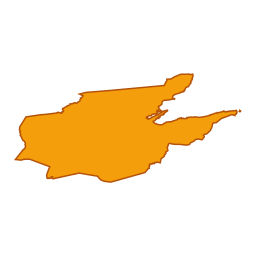 the district of Vopnafjarðarhreppur, Austurland, Iceland
{"feature_id": "244011B85031335132444", "entity_name": "Vopnafjarðarhreppur", "entity_type": "district", "adm_level": 2, "iso_a3": "ISL", "parent_name": "Iceland", "parent_adm1": "Austurland", "projection": "robinson", "projection_center": [-14.859, 65.704], "detail": "fine", "context": "isolated", "style": "filled", "palette": "amber", "viewbox_px": 256, "rotation_deg": 0, "n_neighbors": 0, "source": "geoboundaries", "source_scale": "gbopen_adm2", "svg_char_len": 5733}
<svg xmlns="http://www.w3.org/2000/svg" viewBox="0 0 256 256"><path d="M15.4,159.5L20.7,160.1L22.6,159.8L23.6,159.3L25.2,159.3L26.3,159.1L29.0,159.3L29.7,159.2L49.8,166.7L48.5,169.8L46.6,175.1L47.0,178.1L47.3,178.3L48.2,178.1L48.2,178.3L48.7,178.2L49.0,178.4L49.2,178.2L49.8,178.3L50.4,178.1L51.1,178.2L51.5,177.9L51.6,177.5L51.3,177.0L52.2,176.9L52.4,176.9L52.1,177.3L52.9,178.8L79.0,173.1L97.6,176.2L99.4,178.6L100.9,179.9L102.2,180.5L103.9,181.1L108.5,181.9L111.2,182.0L145.0,172.5L147.9,169.0L148.5,168.5L149.2,168.3L149.2,167.8L149.0,167.3L149.7,166.0L149.5,165.9L149.6,165.6L149.2,165.1L149.6,164.8L149.7,164.3L150.2,163.8L150.7,163.8L151.3,164.2L152.3,163.9L152.3,163.5L152.8,163.2L153.3,163.3L153.7,163.6L154.2,163.7L154.5,163.4L154.2,162.9L154.9,162.4L156.3,162.5L156.9,162.2L157.6,162.2L160.3,162.8L160.9,159.4L161.2,158.7L164.1,156.4L164.5,155.9L164.4,155.0L164.5,154.8L165.9,153.5L165.6,152.2L167.8,150.7L167.9,150.4L167.4,148.5L167.4,146.8L168.1,145.6L168.4,144.2L168.9,143.6L169.9,143.4L172.2,144.0L175.1,144.3L180.1,144.4L186.1,145.1L189.5,144.5L190.0,143.5L190.6,142.8L193.8,141.2L195.8,139.4L197.1,139.1L198.7,139.1L199.9,139.3L201.6,139.8L202.1,139.7L204.2,137.0L204.2,136.4L203.5,135.3L203.5,135.0L204.9,134.2L206.7,133.9L210.6,130.2L210.9,129.0L211.7,127.8L212.8,123.4L214.0,122.9L216.3,122.6L221.4,118.5L231.8,114.6L234.6,115.4L234.5,115.2L235.5,114.5L236.0,113.9L236.3,113.9L236.3,113.5L236.9,112.9L237.0,112.4L236.7,111.8L236.9,111.3L236.5,110.9L236.5,110.4L236.3,110.3L235.9,110.7L233.7,110.7L232.2,111.0L230.4,111.0L230.2,111.1L229.8,111.1L229.7,111.4L229.2,111.2L228.9,111.3L228.3,111.3L228.3,111.5L228.1,111.6L227.4,111.4L226.7,111.8L226.3,111.7L225.8,111.9L225.2,111.8L225.1,111.6L224.7,111.7L224.3,111.6L224.2,111.2L223.5,111.3L223.4,111.2L223.3,111.4L222.6,111.5L221.2,112.1L220.8,112.0L218.2,112.9L217.8,112.6L217.2,112.5L216.6,113.2L215.5,113.1L211.7,114.5L210.7,114.7L210.8,114.8L209.7,115.5L208.4,115.6L206.6,116.3L205.1,116.4L204.4,116.7L201.6,117.1L198.6,117.4L195.7,116.9L194.8,116.9L193.8,117.2L191.6,117.1L189.8,117.2L189.0,117.4L188.4,117.2L187.8,117.7L187.1,117.6L187.3,118.1L186.7,118.6L185.7,118.6L183.9,118.5L183.4,118.2L182.9,118.5L181.9,118.7L181.4,118.5L181.4,117.8L180.9,117.9L180.0,118.1L179.9,118.4L179.3,118.3L179.0,118.7L178.2,118.5L177.0,119.7L174.0,120.7L172.7,121.0L172.0,121.6L170.4,121.8L169.2,121.7L168.8,122.0L167.2,122.0L166.7,122.2L166.3,122.1L164.9,123.2L164.2,123.2L163.4,124.1L162.7,124.3L161.6,124.9L158.3,124.6L155.3,123.5L154.5,123.1L153.4,122.1L153.1,121.4L153.2,121.2L153.7,121.0L154.6,120.8L155.4,120.1L155.6,119.5L156.7,119.0L156.8,118.8L156.6,118.7L157.3,118.4L157.4,118.0L158.0,118.1L157.9,118.0L158.1,117.7L158.2,117.8L158.2,117.7L158.4,117.5L158.3,117.4L158.7,117.2L158.4,117.2L158.6,117.1L159.3,117.0L158.7,117.0L158.9,116.9L159.0,116.5L159.3,116.6L159.1,116.6L159.3,116.6L159.2,116.7L159.3,116.7L159.7,116.3L159.9,116.6L159.7,116.9L159.8,117.2L159.3,117.5L159.9,117.3L160.4,116.0L161.2,115.0L162.4,115.0L162.5,114.8L162.7,114.7L163.4,114.8L163.8,114.2L164.1,114.1L164.2,113.8L163.8,113.6L164.1,113.4L164.2,113.1L164.8,112.8L167.5,110.9L167.6,110.5L167.4,110.2L165.9,110.4L164.7,110.9L164.0,110.8L163.5,111.3L162.2,111.9L158.4,114.3L157.8,114.6L157.4,114.1L157.6,114.6L151.1,117.8L150.2,118.5L149.3,118.7L148.8,119.0L148.1,119.2L147.6,118.7L148.6,118.7L147.6,118.3L147.5,117.9L147.0,117.9L147.2,117.7L146.4,117.6L146.4,117.1L146.7,116.8L147.5,116.6L148.6,115.9L151.2,115.7L151.4,115.6L151.2,115.1L152.0,114.5L153.4,114.2L153.8,113.8L157.3,114.0L157.0,113.7L157.0,112.9L157.2,112.6L157.0,112.3L157.5,112.2L157.0,111.8L157.1,111.6L156.9,111.4L156.8,110.8L157.2,110.3L157.5,110.2L158.2,110.3L158.1,111.0L158.5,111.1L158.6,111.3L158.9,111.4L161.1,112.0L162.3,111.7L162.4,111.4L161.0,110.7L159.8,109.6L158.7,107.9L158.3,106.8L158.4,106.5L159.3,106.3L159.4,106.0L160.1,105.7L160.3,105.4L160.6,105.3L161.3,104.5L161.7,104.4L161.9,104.2L161.9,102.8L162.2,102.1L162.8,101.2L163.5,100.5L164.6,100.2L166.3,100.3L168.0,99.9L168.5,100.0L170.8,99.6L171.6,99.2L172.7,99.2L172.9,99.0L173.8,99.2L174.4,99.2L174.7,98.9L174.6,98.6L173.3,98.5L172.8,98.2L172.6,97.9L172.7,96.5L173.1,95.7L173.9,95.1L174.6,94.8L174.8,94.4L180.1,92.9L180.7,92.2L181.5,92.3L183.4,91.7L183.1,91.2L183.4,91.0L184.1,90.9L184.0,90.7L184.7,90.3L184.7,90.0L185.0,89.6L184.9,89.2L185.6,88.0L186.9,87.0L188.0,86.8L188.5,86.4L189.1,85.2L189.4,85.0L190.0,83.9L190.8,83.3L190.9,82.6L190.6,82.3L190.9,81.4L191.6,80.8L191.4,80.5L192.3,79.1L192.1,78.5L192.7,77.2L192.7,76.6L193.0,75.9L193.0,75.3L192.8,75.0L192.9,74.4L192.7,74.1L190.4,74.6L188.6,74.0L187.0,74.2L180.9,74.2L174.5,76.8L171.1,78.9L170.6,79.0L166.8,79.2L166.9,80.2L166.8,80.8L165.5,82.5L165.4,83.3L164.6,84.6L164.3,85.5L109.8,90.5L86.2,92.4L79.5,94.1L83.0,95.7L82.6,96.3L82.6,96.6L81.6,97.6L80.7,98.1L81.0,98.5L80.5,98.8L80.2,99.3L79.8,101.1L78.6,101.9L77.3,102.5L77.1,103.0L76.8,103.2L75.5,103.1L75.3,102.8L75.1,102.7L74.8,102.9L73.5,103.0L72.7,103.7L70.5,103.9L70.7,104.1L70.5,104.5L70.4,104.7L68.4,105.4L68.1,105.8L67.4,105.7L66.8,106.4L65.1,107.2L64.1,108.0L62.6,108.5L62.5,109.2L62.9,109.3L62.8,109.9L63.5,110.5L63.4,110.9L63.5,111.0L63.0,111.6L62.3,111.7L62.5,112.1L62.2,112.8L61.5,112.7L60.6,112.8L60.8,113.0L60.3,113.0L60.0,112.8L58.4,112.3L57.7,112.4L57.7,112.6L57.5,112.8L56.8,112.8L56.7,113.0L45.4,114.4L40.9,114.7L26.0,116.9L19.9,126.7L19.4,130.0L20.4,131.0L19.7,132.2L20.5,133.4L20.6,134.3L20.2,135.1L20.4,135.6L20.9,136.1L22.9,140.4L24.1,141.0L25.4,143.2L25.4,143.7L25.0,144.5L25.4,145.3L25.5,146.0L25.4,146.9L25.0,148.1L24.6,148.7L23.4,149.4L15.4,159.5ZM240.1,111.0L239.8,110.7L239.8,110.9L239.3,111.3L239.8,111.7L240.0,111.7L240.5,111.5L240.6,111.0L240.4,110.8L240.1,111.0Z" fill="#f59e0b" stroke="#b45309" stroke-width="1.5"/></svg>